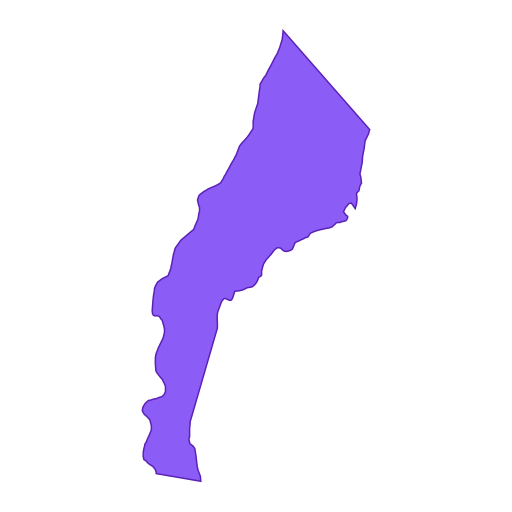 Morne Lezard Estate, Choiseul, Saint Lucia (Equal Earth projection)
{"feature_id": "8701671B19228970825308", "entity_name": "Morne Lezard Estate", "entity_type": "district", "adm_level": 2, "iso_a3": "LCA", "parent_name": "Saint Lucia", "parent_adm1": "Choiseul", "projection": "equal_earth", "projection_center": [-61.026, 13.777], "detail": "fine", "context": "isolated", "style": "filled", "palette": "violet", "viewbox_px": 512, "rotation_deg": 0, "n_neighbors": 0, "source": "geoboundaries", "source_scale": "gbopen_adm2", "svg_char_len": 5488}
<svg xmlns="http://www.w3.org/2000/svg" viewBox="0 0 512 512"><path d="M153.5,315.3L153.8,315.5L154.9,315.9L157.3,315.7L158.9,316.3L159.6,316.8L160.8,318.8L162.2,320.3L163.1,323.5L163.9,326.2L164.6,330.1L164.3,333.3L163.6,335.8L163.3,337.5L162.8,338.6L160.7,343.0L158.4,347.7L156.8,351.9L156.1,353.7L155.4,357.2L155.4,358.6L155.3,363.5L155.5,365.6L155.8,370.4L156.5,372.1L158.8,375.3L160.6,377.5L162.5,379.7L162.9,380.8L164.0,382.8L164.4,383.7L165.5,386.6L165.4,391.7L164.2,394.4L163.6,395.1L161.8,396.7L159.5,397.3L156.3,398.6L153.1,399.2L150.5,400.2L148.6,400.4L147.4,401.3L145.3,403.3L144.2,404.9L142.8,407.5L142.3,410.4L142.8,411.9L144.4,414.5L146.9,416.6L149.8,419.7L151.4,425.9L151.3,430.1L149.4,434.7L146.7,440.7L146.0,442.6L145.1,443.7L144.8,444.7L144.7,445.7L144.0,448.1L143.5,450.7L143.2,452.8L143.2,456.4L143.9,459.6L146.0,460.9L148.2,463.4L152.9,466.5L155.0,469.1L156.2,472.0L156.2,473.6L200.8,481.3L200.4,476.3L198.1,470.3L197.2,466.5L196.0,456.1L194.8,448.5L192.9,445.9L189.9,443.7L188.9,439.3L189.6,436.5L189.6,428.5L190.1,423.8L190.1,421.9L217.4,328.0L217.4,322.3L217.3,322.0L217.3,320.9L217.2,319.1L217.2,317.7L217.2,315.9L217.3,315.2L217.4,313.7L217.6,312.7L218.0,311.0L218.5,309.8L219.2,308.0L219.9,306.1L220.6,304.1L221.3,302.4L221.9,301.1L222.8,300.0L223.7,299.0L224.6,298.5L225.1,298.5L225.8,298.6L226.5,299.0L229.1,300.2L230.4,300.4L231.2,300.1L231.8,299.4L232.6,298.1L233.0,296.8L233.8,294.4L234.6,291.8L234.7,291.4L235.5,291.2L237.0,291.0L238.0,290.9L239.3,290.8L240.4,290.5L241.6,290.2L242.3,290.0L243.5,289.6L244.7,289.0L245.8,288.5L246.4,288.1L247.3,287.7L248.7,287.5L249.6,287.3L250.5,287.2L251.5,287.0L252.4,286.7L253.4,285.9L254.1,285.3L254.8,284.6L255.6,283.6L256.3,282.7L256.9,281.7L257.5,280.5L258.0,279.4L258.1,278.7L258.6,277.5L259.4,276.8L260.1,276.6L260.9,276.0L261.6,275.2L261.6,273.5L261.6,272.6L261.5,271.9L261.6,271.1L262.0,269.5L262.3,268.3L262.6,267.0L263.0,265.9L263.4,264.4L264.1,263.0L264.8,262.0L265.2,261.2L266.0,260.2L266.6,259.2L268.1,257.7L269.6,255.9L270.5,254.9L271.1,254.4L271.7,253.5L272.2,252.8L272.9,251.9L273.6,250.8L274.5,249.9L275.3,249.2L276.4,248.3L277.1,247.9L278.2,247.7L278.6,247.8L279.4,247.8L280.5,248.1L281.3,248.7L281.9,249.3L282.7,250.1L283.2,250.5L283.9,250.9L284.8,251.2L285.6,251.4L286.7,251.4L288.3,251.1L289.2,250.8L289.7,250.6L291.2,250.0L291.7,249.7L292.4,249.0L292.8,248.1L293.3,247.1L293.7,246.0L294.1,244.9L294.7,243.6L295.1,242.9L296.0,242.1L297.2,241.6L298.1,241.2L299.4,240.7L300.9,239.9L301.9,239.4L303.0,239.0L304.0,238.5L305.5,237.6L306.5,237.4L307.4,237.1L308.2,236.6L308.7,235.9L309.3,234.8L309.6,234.3L310.2,233.4L310.7,233.0L312.0,232.5L312.5,232.3L313.8,231.7L314.9,231.3L316.4,230.8L317.7,230.4L319.2,230.0L319.7,229.9L321.3,229.5L323.1,229.1L324.9,228.7L327.5,228.2L329.1,227.9L330.9,227.3L331.6,227.0L332.3,226.7L333.2,225.8L333.9,225.1L334.8,224.4L335.8,223.3L336.3,222.9L337.1,222.6L338.1,222.5L338.7,222.5L339.6,222.5L340.4,222.3L341.2,221.9L342.9,221.5L343.9,221.3L344.6,221.0L345.1,220.9L345.8,220.7L346.3,220.2L346.8,219.5L347.3,218.5L347.5,217.9L347.7,217.1L347.6,216.4L347.1,215.8L346.5,215.5L346.0,215.1L345.1,213.9L343.5,211.8L344.0,210.7L344.4,210.0L345.0,208.4L345.6,207.4L346.3,206.7L346.9,206.0L347.5,205.2L348.2,204.4L348.8,203.6L349.5,203.4L350.1,203.3L350.8,203.1L351.6,203.4L351.9,203.9L352.9,205.2L354.8,208.1L355.2,208.6L355.5,207.4L355.9,206.2L356.4,204.4L356.6,203.3L356.7,202.1L356.9,200.8L357.0,199.2L357.0,198.2L356.9,197.1L356.8,196.4L356.6,194.7L356.6,193.5L356.6,193.1L357.4,192.3L358.0,191.6L358.9,190.8L359.9,186.0L361.5,183.1L360.8,177.0L359.9,174.1L361.3,167.1L362.2,162.5L362.6,156.5L364.2,148.0L365.1,140.8L368.3,134.3L369.7,129.6L283.1,30.7L283.0,32.1L282.7,35.4L282.3,38.2L282.2,39.5L281.1,43.0L280.8,43.9L280.7,44.2L279.8,47.3L278.1,51.5L277.2,53.6L276.4,55.1L274.8,57.7L274.1,59.0L273.0,61.3L271.2,64.9L268.6,69.5L266.0,74.8L265.1,76.2L264.7,76.7L263.3,78.5L262.9,79.3L262.3,80.3L261.6,81.7L260.2,83.8L260.1,84.2L260.0,86.8L259.9,87.6L259.8,88.2L259.4,90.6L259.3,91.5L259.2,92.2L257.7,103.8L256.9,105.9L256.8,106.2L256.6,106.8L254.7,112.5L254.5,113.5L254.2,115.0L254.0,116.3L253.3,120.5L253.1,121.5L253.2,124.0L253.1,128.4L253.0,128.7L250.7,132.1L249.5,134.0L247.8,136.4L247.1,137.4L245.8,138.8L244.1,140.7L243.6,141.2L242.7,142.2L242.4,142.5L241.9,143.0L239.6,146.0L239.0,147.5L238.2,149.6L236.1,155.2L235.2,156.6L234.8,157.4L234.1,159.0L233.1,160.7L231.2,163.8L230.6,165.0L229.9,166.3L229.4,167.3L229.0,168.0L226.9,171.7L226.8,171.9L225.6,174.4L225.4,174.7L224.2,176.3L224.0,176.9L223.7,177.7L222.6,179.8L221.9,180.7L221.5,181.4L221.0,182.4L219.8,183.4L219.3,183.7L217.4,184.8L216.2,185.4L213.4,186.7L209.4,188.4L208.9,188.6L208.2,188.9L207.9,189.1L207.6,189.3L207.4,189.4L206.3,190.2L204.9,191.0L204.2,191.3L201.2,193.5L200.2,194.4L199.2,195.2L198.5,196.8L197.5,200.1L197.8,201.3L198.0,202.3L198.1,202.7L198.3,203.8L198.5,204.6L198.6,204.8L198.8,205.6L199.5,207.4L199.5,208.0L199.5,210.5L199.5,211.4L198.8,213.7L198.6,215.3L198.1,218.3L198.0,219.0L195.2,225.4L194.9,226.3L194.7,226.8L193.8,229.0L193.7,229.5L192.5,230.4L187.5,234.6L181.7,239.5L180.7,240.4L178.7,243.3L175.3,248.0L174.7,249.8L174.2,252.1L173.7,253.3L172.7,258.4L171.8,263.7L171.2,265.8L170.9,268.1L170.5,269.3L168.4,274.9L168.1,275.7L167.5,276.0L165.9,276.8L162.0,278.8L157.6,282.1L156.1,284.8L155.4,286.1L154.5,288.4L154.4,290.5L153.8,293.7L153.3,297.0L153.0,300.1L152.5,306.5L152.2,310.4L152.5,313.5L153.2,315.0L153.5,315.3Z" fill="#8b5cf6" stroke="#5b21b6" stroke-width="1.5"/></svg>